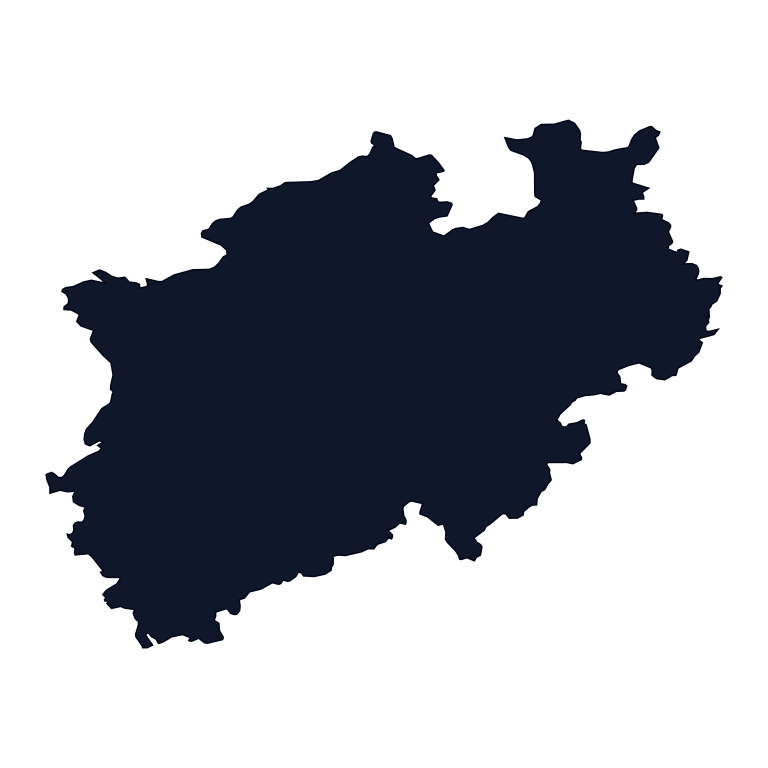 Nordrhein-Westfalen, Natural Earth projection
{"feature_id": "DEU-1572", "entity_name": "Nordrhein-Westfalen", "entity_type": "State", "adm_level": 1, "iso_a3": "DEU", "parent_name": "Germany", "parent_adm1": "", "projection": "natural_earth1", "projection_center": [7.941, 51.424], "detail": "fine", "context": "isolated", "style": "filled", "palette": "ink", "viewbox_px": 768, "rotation_deg": 0, "n_neighbors": 0, "source": "natural_earth", "source_scale": "10m", "svg_char_len": 6063}
<svg xmlns="http://www.w3.org/2000/svg" viewBox="0 0 768 768"><path d="M220.0,219.4L231.0,218.4L233.3,216.7L237.5,210.1L241.1,207.1L249.1,204.3L252.9,201.7L259.3,194.2L267.6,190.3L268.1,189.1L267.6,188.4L272.6,188.5L280.3,186.0L285.3,182.6L311.0,181.8L318.7,180.5L331.3,173.1L340.3,170.4L349.8,162.7L358.4,157.0L362.1,156.2L367.3,156.6L369.9,154.0L372.7,147.4L374.9,146.2L373.3,143.9L371.9,143.3L371.1,141.2L373.4,133.6L374.7,132.1L376.2,131.9L390.4,135.6L392.1,138.5L394.1,147.5L412.0,155.7L414.7,158.2L417.1,158.8L429.3,155.0L431.4,155.3L438.1,162.4L443.4,169.5L444.0,170.8L443.3,171.3L435.8,173.0L436.4,175.8L438.9,179.9L433.3,185.5L435.0,190.3L430.4,196.4L431.7,198.0L436.7,198.8L437.5,201.4L439.1,202.4L447.1,201.9L451.5,203.3L452.1,204.7L447.1,215.9L439.1,217.0L434.4,218.7L429.0,222.6L428.7,223.9L432.6,232.0L444.0,236.2L453.2,229.5L456.0,228.5L462.8,227.5L469.5,229.5L482.7,225.5L488.3,222.3L492.7,217.6L498.6,213.4L523.6,218.5L524.9,217.7L528.3,211.7L537.6,206.7L540.5,203.3L541.6,200.2L535.3,196.5L534.8,194.2L534.6,172.7L532.6,164.6L531.0,160.9L528.5,157.8L523.1,154.7L511.0,150.3L508.7,147.4L504.9,137.7L517.1,140.0L527.7,138.9L532.2,136.9L533.3,135.2L535.1,128.5L541.2,124.5L554.2,124.3L568.4,120.3L574.6,123.4L579.7,130.8L580.4,134.5L580.0,139.7L581.1,142.2L580.4,148.1L581.2,150.2L602.7,152.6L608.7,152.0L615.3,149.9L627.7,147.7L629.2,146.0L631.9,139.2L634.7,134.9L639.6,130.9L649.9,126.6L651.7,126.7L655.8,130.4L659.8,132.0L658.3,135.4L655.1,137.6L658.8,147.9L648.7,162.1L644.2,164.2L636.5,164.4L634.1,168.4L631.8,181.4L632.6,183.2L648.7,188.2L643.0,191.9L642.3,193.1L643.7,196.5L643.7,199.0L638.8,199.0L633.0,200.3L636.6,208.1L636.6,209.6L634.6,213.3L647.2,212.4L661.9,214.5L662.5,215.3L661.6,219.6L668.3,222.7L670.4,225.0L670.7,226.5L668.3,231.8L672.5,241.3L672.0,243.2L668.5,245.9L668.3,247.7L667.3,248.7L676.3,252.4L677.2,252.2L677.9,250.2L680.8,249.2L688.8,251.9L686.8,260.3L683.2,263.9L691.9,263.7L696.3,265.4L698.0,267.9L698.7,270.8L698.3,273.5L695.7,279.7L697.6,280.1L703.8,278.5L712.2,278.7L720.6,276.8L721.7,277.5L717.8,283.4L718.6,284.7L721.9,286.0L720.2,288.1L720.1,293.7L716.7,301.0L711.7,304.3L710.7,306.9L708.8,309.0L709.3,316.9L708.2,319.6L708.7,322.4L705.9,325.5L705.5,327.6L705.6,329.7L706.7,331.3L709.5,331.4L718.1,329.3L714.0,334.5L700.6,338.1L698.2,339.4L702.3,342.8L698.8,352.0L694.2,356.4L691.4,360.8L678.0,368.1L675.9,375.3L672.3,375.4L664.9,379.7L656.5,378.6L652.0,375.2L652.3,371.3L651.9,369.0L650.8,367.7L638.9,362.8L628.2,365.6L618.5,369.5L617.5,370.7L617.0,372.9L619.8,376.9L620.6,383.8L625.1,384.6L626.7,386.0L625.4,389.8L624.0,391.0L616.3,391.3L609.2,395.0L600.4,393.3L593.6,394.8L585.2,395.4L576.6,398.0L575.0,400.4L571.4,402.3L570.4,404.6L560.2,413.9L556.8,420.0L560.3,423.1L561.7,426.4L564.6,427.2L566.6,426.8L568.9,424.2L577.4,422.7L582.4,420.0L584.4,420.4L583.9,423.7L586.1,424.9L589.9,439.2L590.0,442.2L589.6,443.4L579.4,453.6L581.5,457.6L581.4,459.4L572.9,463.7L566.6,462.4L547.4,462.5L546.6,464.5L549.8,469.7L549.3,472.8L551.2,479.9L548.0,483.6L544.6,489.6L541.1,491.4L537.2,498.4L536.5,504.9L532.4,505.0L529.2,506.8L523.5,511.6L523.2,514.9L517.4,518.1L509.1,518.1L506.0,513.8L502.2,513.8L489.7,524.3L486.0,526.4L484.2,530.2L474.1,537.7L474.1,538.8L475.7,540.0L475.9,541.6L480.5,544.6L481.9,546.9L480.4,555.1L476.6,557.0L474.3,560.8L467.0,557.7L461.1,559.5L459.6,559.2L458.5,555.2L455.4,550.7L447.4,542.3L445.5,539.3L446.0,532.2L443.4,524.0L438.2,525.2L427.5,516.8L420.1,514.0L419.9,512.5L422.6,503.5L411.7,501.0L409.3,501.6L403.5,506.2L402.8,508.9L403.8,516.0L405.9,519.7L406.0,522.4L405.4,524.2L399.8,522.9L395.1,527.1L388.1,530.5L392.4,534.9L392.4,537.3L391.5,538.8L388.4,537.9L385.5,541.5L377.2,544.4L373.7,548.9L368.5,548.6L361.1,551.9L345.3,555.5L338.3,555.0L333.7,556.1L332.5,557.2L333.3,558.5L333.1,564.6L331.4,567.2L331.1,570.3L325.0,574.1L314.1,576.5L303.5,575.9L301.5,572.9L298.4,572.0L295.9,576.4L290.0,580.8L287.9,581.3L283.1,580.1L280.7,583.6L278.5,584.3L272.5,582.7L260.7,589.1L249.4,591.9L244.5,598.0L239.2,599.8L240.1,605.9L239.6,610.7L236.9,614.2L234.3,614.5L230.7,613.4L227.0,608.5L215.6,612.1L215.7,616.1L214.1,620.3L218.8,623.4L219.5,630.8L222.9,636.5L223.2,638.0L222.5,639.6L207.5,643.2L204.4,642.7L198.7,638.2L192.0,641.1L190.0,641.1L188.7,640.5L190.0,638.2L189.6,637.3L182.6,634.6L171.7,636.8L162.8,642.1L158.5,643.4L156.0,639.0L151.7,636.8L148.8,633.4L147.2,633.2L145.9,634.6L146.1,635.9L152.6,645.1L147.2,647.7L142.5,647.7L142.4,646.2L135.9,636.8L135.7,634.0L138.4,625.1L138.5,621.1L136.5,620.0L134.9,617.9L133.3,613.3L133.8,611.3L135.9,609.7L124.4,608.0L120.7,606.4L111.5,608.4L106.9,603.5L108.5,601.4L104.7,600.8L104.5,599.7L106.0,597.8L102.9,594.6L106.4,590.2L116.6,584.1L120.1,579.0L119.7,577.5L106.7,577.3L102.8,575.6L100.6,572.2L103.2,570.9L91.8,556.7L88.3,553.7L75.2,554.9L74.5,552.9L75.1,548.1L71.7,546.3L72.6,541.8L68.1,537.3L67.3,534.2L70.2,534.8L72.9,532.8L73.9,529.9L73.4,525.6L75.0,523.2L77.6,522.0L81.9,522.3L84.0,520.3L85.2,515.9L83.7,510.9L85.4,507.1L79.3,505.4L73.5,501.8L72.8,496.5L74.7,492.4L74.3,491.2L67.6,491.8L60.0,490.2L50.0,493.2L49.9,487.1L47.1,480.2L46.1,474.6L51.4,472.4L53.9,473.6L58.6,477.7L62.1,477.4L64.4,475.4L68.1,469.3L70.6,466.9L88.1,456.0L98.8,451.3L101.6,448.3L97.7,445.4L103.5,441.9L99.2,440.7L89.8,445.8L85.4,443.9L84.2,439.4L84.7,434.1L86.4,429.3L92.3,422.8L102.0,408.5L108.8,404.3L110.7,402.2L112.3,394.0L113.4,391.9L110.6,389.2L110.9,384.8L113.1,374.9L111.0,362.7L103.5,355.8L91.2,342.1L90.4,339.1L93.6,330.4L81.0,325.9L76.8,321.6L79.4,314.8L77.5,313.3L71.2,310.0L64.0,309.5L64.1,306.9L68.3,303.6L68.7,298.8L66.3,294.1L62.0,291.5L62.7,289.4L65.8,287.7L73.4,286.6L83.6,282.0L91.3,280.3L104.7,283.1L102.2,280.0L93.0,272.8L99.4,270.0L105.4,272.3L111.3,276.1L117.6,278.2L125.0,277.3L129.2,282.1L136.4,283.0L139.4,284.4L139.9,288.1L146.9,286.6L147.7,284.2L146.2,278.8L158.2,281.6L162.0,281.6L174.3,274.9L192.9,269.8L209.4,269.4L214.5,267.3L218.9,263.1L223.2,257.0L227.1,254.8L226.8,250.2L221.0,245.0L201.9,237.0L201.5,233.4L202.8,230.9L208.7,229.3L212.7,223.4L215.9,220.8L220.0,219.4Z" fill="#0f172a" stroke="#020617" stroke-width="1.5"/></svg>